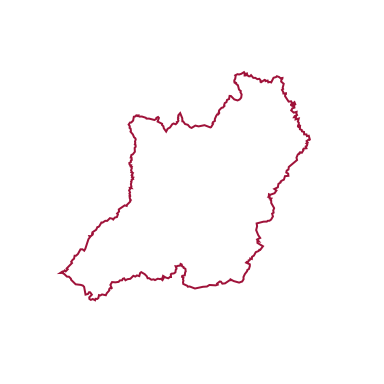 Aguililla, Michoacán, Mexico (Albers equal-area conic projection), rotated 210°
{"feature_id": "50627088B97864813450570", "entity_name": "Aguililla", "entity_type": "district", "adm_level": 2, "iso_a3": "MEX", "parent_name": "Mexico", "parent_adm1": "Michoacán", "projection": "albers", "projection_center": [-102.767, 18.779], "detail": "fine", "context": "isolated", "style": "outline", "palette": "rose", "viewbox_px": 384, "rotation_deg": 210, "n_neighbors": 0, "source": "geoboundaries", "source_scale": "gbopen_adm2", "svg_char_len": 6088}
<svg xmlns="http://www.w3.org/2000/svg" viewBox="0 0 384 384"><g transform="rotate(210 192 192)"><path d="M280.6,218.7L278.8,217.9L278.1,216.3L276.9,216.2L275.4,214.3L275.4,213.5L272.0,212.3L269.5,210.4L268.0,210.2L267.1,209.5L266.5,207.0L265.6,206.1L265.3,204.6L264.4,204.5L263.4,203.0L263.7,201.5L261.6,198.3L262.1,195.0L263.0,193.8L262.3,191.2L261.5,191.5L260.2,189.6L260.7,188.8L259.9,187.3L260.8,185.8L259.9,184.7L259.0,184.3L258.1,184.7L257.9,183.5L257.0,183.7L257.1,183.2L256.1,182.7L255.6,180.3L254.2,179.4L254.3,178.8L252.7,178.9L252.7,176.5L252.0,176.6L251.5,174.9L250.2,175.2L250.3,174.3L249.5,173.8L250.4,172.5L249.8,171.5L250.0,170.6L249.2,169.9L248.9,168.3L247.2,166.4L247.4,165.5L246.4,165.1L247.9,164.4L247.1,163.6L247.3,162.0L245.4,160.6L245.4,159.3L244.1,158.4L244.2,157.4L243.4,157.3L243.3,156.2L242.7,155.4L241.1,154.5L241.5,154.0L240.7,152.8L241.9,148.4L241.6,147.3L243.6,146.8L246.7,140.3L245.4,138.6L246.1,135.9L245.0,135.6L244.5,132.8L246.1,131.2L246.5,128.8L247.4,129.1L250.0,128.3L251.0,124.6L252.7,123.7L254.2,120.7L255.2,120.3L255.2,116.2L255.5,115.0L256.4,114.3L256.1,111.4L258.1,107.3L257.7,106.1L257.0,106.3L256.7,105.5L257.6,103.1L258.8,102.5L257.8,101.8L258.1,99.4L256.0,89.5L256.0,87.3L258.1,87.6L259.9,86.6L259.8,81.2L260.6,78.8L261.8,78.1L260.8,75.3L261.5,73.5L261.7,71.1L260.4,70.5L262.3,63.2L261.0,62.9L261.7,60.2L263.0,60.5L263.5,58.8L264.4,58.4L265.6,56.0L263.8,57.1L261.6,57.1L258.0,56.2L256.2,57.1L253.6,56.4L252.7,55.5L246.6,53.9L242.0,55.9L239.8,56.4L238.0,55.9L232.9,49.9L231.1,51.7L231.0,53.8L230.0,54.2L227.4,53.0L228.3,49.4L227.4,48.1L225.7,48.0L224.4,49.7L221.8,49.8L222.1,51.3L220.6,52.0L220.1,53.4L221.0,56.2L219.6,56.6L218.7,58.3L215.0,59.5L215.2,61.6L214.4,65.5L215.1,66.3L215.1,67.3L214.6,68.2L213.7,68.2L213.5,68.7L216.2,70.7L216.2,74.0L213.1,75.5L210.6,77.5L210.3,79.3L208.4,80.6L208.5,82.3L207.6,83.3L205.5,82.3L204.3,84.2L202.0,86.0L200.9,90.1L198.8,90.4L198.0,92.2L195.6,92.8L196.4,95.8L195.9,97.2L191.9,97.2L189.0,96.4L187.3,95.1L186.1,95.9L183.4,95.7L181.5,97.2L180.0,97.2L178.3,99.8L176.3,100.5L175.5,101.3L173.5,100.9L173.5,103.0L174.7,103.2L175.1,104.9L172.0,104.8L169.4,105.4L168.6,107.4L167.7,107.9L169.2,110.1L168.9,111.0L167.0,112.4L166.2,114.1L167.2,116.6L167.0,117.8L169.1,119.5L167.7,120.2L167.3,121.0L165.5,122.3L165.9,124.0L164.7,124.1L163.4,122.7L161.8,122.8L161.3,122.1L159.4,122.2L158.8,121.5L157.7,120.0L157.8,119.1L156.6,116.2L158.5,114.5L158.2,113.5L156.5,113.4L156.2,111.9L155.1,111.0L154.7,109.4L153.6,108.0L149.1,108.4L148.3,107.9L146.8,109.0L141.2,109.9L135.1,115.4L131.8,117.6L130.4,120.2L124.8,123.0L123.4,124.6L124.5,125.2L123.2,128.4L122.1,128.8L119.9,127.8L117.7,129.4L115.2,134.6L114.5,134.9L114.8,135.6L111.4,135.7L105.9,137.1L103.8,139.6L103.7,142.2L104.9,144.1L105.2,147.4L104.7,150.9L105.1,152.1L104.2,153.8L104.9,156.8L105.8,158.3L109.8,157.9L109.6,158.8L108.9,158.9L108.4,159.9L108.8,161.1L108.1,161.6L107.9,162.7L108.3,163.5L106.7,163.9L107.6,166.0L106.6,167.8L106.7,171.8L104.8,174.2L104.8,175.6L104.0,175.9L103.4,180.5L109.8,180.6L110.9,182.3L109.6,182.7L111.8,183.5L110.0,186.3L113.0,187.7L117.4,191.1L118.5,194.9L120.3,197.1L115.2,202.1L112.4,203.8L112.0,204.9L110.5,205.9L109.7,207.7L109.7,211.3L111.8,213.3L111.0,214.9L112.4,216.6L112.8,219.1L117.9,222.1L119.1,224.1L120.0,224.4L120.0,226.0L121.6,225.3L122.1,226.3L123.3,226.0L123.0,227.6L123.8,227.6L124.2,228.5L123.0,228.6L119.9,232.2L119.6,235.5L122.2,235.8L120.0,239.0L121.2,242.2L120.0,244.6L120.5,245.3L120.1,246.4L118.6,248.7L119.4,252.2L116.6,254.2L117.9,256.0L120.1,256.0L120.7,257.9L119.7,259.7L120.7,262.1L117.0,272.2L118.7,274.0L119.1,277.2L118.6,279.0L118.2,278.8L118.0,279.4L118.2,280.5L116.5,280.9L116.4,283.9L117.0,284.3L117.0,285.4L114.8,287.1L116.3,288.3L115.6,289.5L116.0,291.0L117.2,291.3L116.5,292.6L118.2,293.4L117.1,295.8L116.3,295.9L116.2,296.4L119.0,299.1L120.4,297.9L121.7,299.1L123.7,298.0L125.0,300.0L127.1,299.5L128.0,300.6L129.9,300.3L130.9,302.1L131.9,301.5L133.0,301.7L133.3,302.4L131.7,302.9L131.6,303.4L133.4,303.9L134.1,305.4L135.5,305.9L136.3,309.0L138.6,306.7L139.4,308.8L141.0,307.8L141.0,309.0L139.5,311.2L140.9,312.2L141.5,313.7L143.6,311.6L146.9,312.3L146.9,314.7L145.5,316.3L146.5,317.5L148.2,316.7L149.7,316.8L150.0,317.3L148.6,318.8L146.8,318.8L146.4,319.6L148.2,321.0L148.8,319.4L150.0,319.2L151.5,320.1L153.5,318.6L159.3,321.5L160.0,322.9L159.6,323.8L160.0,324.5L162.1,323.0L163.2,324.4L165.1,325.4L164.6,326.8L165.5,327.4L166.7,331.6L170.0,332.2L170.7,333.8L170.4,335.3L170.7,336.0L172.2,334.8L174.1,335.1L176.4,334.7L176.7,333.5L178.5,331.7L178.2,326.5L179.5,326.3L180.8,325.1L182.2,326.3L183.7,324.8L184.4,325.5L185.2,325.4L187.1,321.6L187.8,321.7L188.3,322.9L190.3,323.7L191.8,322.4L194.3,322.5L196.0,321.5L199.3,322.7L199.7,321.1L200.8,320.6L202.4,320.8L203.7,322.1L204.3,321.2L203.8,319.8L204.7,319.2L206.0,321.4L206.9,321.8L208.4,319.0L210.0,317.3L211.5,316.8L212.6,315.1L212.9,314.6L212.2,314.3L211.2,311.7L211.2,309.9L210.4,308.5L209.8,308.0L209.2,308.5L208.7,308.1L208.2,308.4L207.5,307.6L205.6,307.4L202.5,304.2L200.2,303.8L200.0,302.7L197.8,301.3L196.6,298.3L197.0,296.0L198.3,294.1L201.7,293.3L206.3,294.6L207.5,294.0L206.4,291.0L207.7,289.3L207.1,287.0L208.1,285.4L207.6,283.2L206.9,282.8L207.5,280.5L208.5,279.7L209.3,276.5L209.1,275.4L207.9,274.0L207.9,273.5L208.5,273.4L208.2,272.2L209.0,271.8L209.1,270.1L208.7,266.6L207.7,265.0L208.8,262.9L208.6,261.7L207.8,261.5L207.9,257.7L208.4,257.1L214.6,256.1L219.1,252.1L222.3,251.2L224.4,247.3L226.3,247.1L229.2,248.1L232.0,247.4L234.9,248.7L235.7,248.4L237.3,251.0L241.7,254.4L242.2,251.6L241.7,251.3L241.5,249.7L240.7,249.1L240.7,248.2L239.4,246.9L239.4,245.9L240.1,245.0L239.5,244.4L240.0,242.5L242.2,242.1L243.0,240.8L243.3,236.9L244.7,234.6L244.6,231.4L248.3,233.1L249.6,234.6L251.5,235.1L252.0,236.1L257.0,235.8L257.7,239.6L258.9,240.0L259.9,238.4L259.6,237.2L260.5,235.6L265.9,234.1L268.2,232.8L269.1,233.2L273.2,232.3L275.1,231.1L276.0,231.0L276.5,231.6L277.3,230.5L278.0,230.9L278.6,230.5L278.8,229.2L280.0,228.1L278.7,224.4L279.4,221.8L280.4,221.2L280.6,218.7Z" fill="none" stroke="#9f1239" stroke-width="2"/></g></svg>